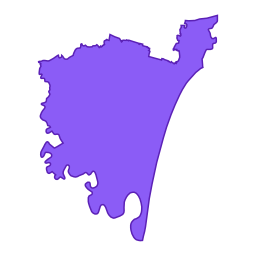 the district of Quang Xuong, Thanh Hóa, Vietnam
{"feature_id": "81297802B40676303665635", "entity_name": "Quang Xuong", "entity_type": "district", "adm_level": 2, "iso_a3": "VNM", "parent_name": "Vietnam", "parent_adm1": "Thanh Hóa", "projection": "robinson", "projection_center": [105.774, 19.675], "detail": "fine", "context": "isolated", "style": "filled", "palette": "violet", "viewbox_px": 256, "rotation_deg": 0, "n_neighbors": 0, "source": "geoboundaries", "source_scale": "gbopen_adm2", "svg_char_len": 5607}
<svg xmlns="http://www.w3.org/2000/svg" viewBox="0 0 256 256"><path d="M40.3,64.6L40.7,65.2L40.9,66.3L39.7,68.5L39.2,72.3L39.2,74.0L39.3,74.2L39.7,74.4L41.3,74.1L41.9,74.4L42.0,74.7L40.8,77.2L40.8,78.0L41.5,78.4L43.5,78.3L44.3,78.5L44.7,79.2L44.9,81.1L45.1,81.5L47.7,81.8L48.7,82.5L49.7,84.5L50.1,86.0L49.7,87.6L49.9,89.8L48.8,91.4L48.9,92.1L49.9,94.0L49.9,94.4L49.6,95.0L48.6,96.7L46.6,98.5L46.3,101.1L45.8,102.0L44.4,102.7L41.9,103.3L41.4,103.8L41.4,104.2L41.5,104.5L44.5,105.9L44.9,106.6L45.0,106.9L44.9,107.6L44.6,108.3L42.8,110.5L41.5,112.6L40.5,115.2L40.3,116.2L40.5,117.2L40.7,117.8L42.4,119.6L43.0,120.0L44.9,120.7L46.0,121.4L47.2,123.4L47.7,125.5L49.4,126.0L50.1,126.5L50.4,127.3L47.0,128.9L46.2,129.9L46.1,131.6L46.6,132.8L47.5,133.2L48.8,133.0L51.9,131.1L53.8,133.8L54.6,134.3L55.4,134.4L57.0,134.1L58.2,134.3L59.0,135.0L60.0,138.1L60.7,139.5L63.1,143.1L57.3,146.6L54.6,148.0L54.1,147.9L50.2,144.7L49.4,144.0L48.6,142.5L47.6,141.8L46.9,141.9L46.3,142.3L44.9,144.4L43.9,146.5L41.2,151.5L40.9,152.5L40.7,154.5L40.9,155.9L41.2,156.8L41.5,157.1L42.1,157.2L42.6,157.1L43.2,156.6L43.9,155.7L45.3,152.6L45.9,152.3L48.6,152.5L50.0,153.0L51.1,153.8L51.7,154.9L51.6,156.3L51.0,157.2L47.6,159.4L45.5,161.3L45.1,161.9L45.1,162.5L45.4,162.9L46.4,163.1L48.9,162.6L49.8,162.8L50.5,163.6L50.5,164.5L50.2,165.2L49.2,166.0L47.1,166.9L46.5,167.9L46.5,169.2L46.7,170.2L47.4,172.4L48.2,173.1L48.8,173.3L49.3,173.3L50.9,172.5L52.1,171.6L55.7,174.9L54.8,175.8L54.6,176.9L54.6,177.4L54.9,178.2L55.7,179.1L57.0,179.4L58.0,179.0L59.9,177.2L60.4,177.0L61.0,177.2L63.8,179.0L64.4,179.0L64.8,178.6L64.8,177.4L63.6,174.8L63.1,173.2L63.3,171.5L63.9,170.0L66.3,165.6L66.8,165.2L67.5,165.0L68.3,165.1L69.0,165.8L69.3,166.4L69.3,168.1L68.7,169.5L68.3,171.0L68.4,172.0L69.2,173.6L70.3,175.1L71.1,175.8L74.0,176.8L75.7,177.0L77.6,176.5L79.1,175.6L83.2,174.0L84.9,172.7L85.9,172.5L87.0,173.1L88.5,174.8L89.2,174.9L90.6,174.1L91.9,172.2L93.0,171.2L93.8,171.3L94.4,171.7L95.0,172.4L95.9,174.6L97.7,181.5L97.9,183.0L97.7,184.2L97.2,185.5L96.5,186.4L95.0,187.4L93.0,188.1L92.0,187.9L91.1,187.4L90.4,186.2L90.0,183.2L89.6,182.5L89.0,182.2L87.5,182.3L85.9,183.6L85.4,184.1L85.3,184.6L85.3,185.5L85.5,186.1L86.5,187.6L88.1,189.3L91.4,191.6L91.9,191.9L92.2,192.5L92.3,193.3L92.0,194.2L91.5,194.7L89.5,195.7L89.0,196.1L88.5,197.2L88.3,197.7L88.3,201.5L88.6,203.1L89.6,206.4L91.6,211.4L92.3,212.3L93.3,213.2L95.0,214.0L96.9,213.9L98.1,212.9L98.6,211.7L100.3,206.3L101.3,204.9L103.0,204.6L103.6,204.7L104.8,205.9L105.7,207.4L107.7,212.9L108.8,214.8L110.7,216.9L112.8,217.9L113.6,218.1L114.9,217.9L119.9,216.0L122.7,214.4L123.8,212.7L124.1,210.8L124.0,207.4L124.3,202.0L125.1,199.7L126.4,197.1L127.7,195.2L129.9,193.1L130.7,192.7L132.5,192.3L134.0,192.2L135.0,192.6L136.3,193.3L137.5,194.6L138.6,196.1L140.0,199.0L141.1,202.8L141.8,206.8L141.7,210.1L141.4,212.4L140.6,214.5L140.0,215.9L138.8,217.2L136.3,218.7L134.4,219.3L133.0,220.6L131.6,222.3L131.0,223.8L130.7,225.3L130.7,227.9L131.0,230.2L132.0,233.8L133.7,237.1L134.8,238.5L136.3,239.7L138.8,240.4L140.3,240.6L142.5,240.4L143.4,236.1L144.6,231.5L145.5,226.7L149.3,198.5L152.0,184.2L156.7,162.4L163.4,137.7L166.6,127.0L171.0,114.7L175.1,104.7L179.6,94.9L182.4,89.5L186.3,83.2L188.3,80.7L195.7,72.5L200.6,68.5L202.9,67.4L202.6,66.1L202.6,65.2L202.1,58.9L203.0,57.5L204.8,52.8L206.0,50.2L206.5,49.6L207.1,49.4L210.3,49.4L212.1,48.9L212.7,48.0L212.6,44.9L212.8,44.0L213.6,43.4L215.4,43.0L216.0,42.4L216.3,41.7L216.3,39.0L216.2,38.0L215.8,37.5L215.4,37.5L213.5,38.6L212.0,38.5L210.9,37.0L210.6,36.1L210.1,33.2L208.3,29.7L208.6,29.1L209.1,28.7L211.7,28.3L212.1,28.0L212.8,27.0L213.9,24.6L216.4,22.6L217.2,21.5L217.4,20.7L217.4,15.4L207.0,18.2L199.6,19.0L194.9,20.5L188.7,20.8L185.4,20.5L185.3,21.6L184.7,23.3L186.3,23.9L186.8,24.5L186.8,26.0L186.5,27.0L185.9,27.9L185.6,28.1L184.7,27.9L184.2,27.2L184.8,25.8L184.8,25.4L181.1,25.4L181.3,27.5L180.5,28.3L180.6,28.9L179.9,29.7L180.3,32.8L180.1,33.7L180.8,33.9L180.8,35.6L180.3,36.1L178.9,35.5L177.7,35.3L177.1,35.6L177.1,37.8L176.9,38.0L177.8,40.4L179.0,40.6L178.6,43.1L176.3,43.5L174.3,47.0L174.1,47.7L173.2,49.1L173.8,49.7L173.5,50.1L173.8,50.3L174.7,49.3L176.0,49.9L176.2,49.4L176.7,49.5L176.4,50.1L177.2,50.6L178.4,50.7L178.4,51.0L179.2,51.1L179.7,55.9L179.7,57.4L178.4,60.8L177.2,61.7L176.4,61.7L176.2,62.3L176.6,62.8L176.2,63.5L175.5,63.2L175.3,62.6L174.1,63.8L173.2,63.0L172.1,62.6L171.5,61.7L170.5,62.5L168.7,61.1L168.3,61.4L167.8,60.7L164.5,59.6L163.5,58.9L161.9,58.6L161.5,60.0L148.7,56.5L149.1,53.9L149.9,51.5L149.8,51.2L148.9,50.6L149.3,50.4L149.6,48.5L148.5,48.3L148.5,47.6L147.2,47.4L147.2,46.8L144.8,46.3L142.6,45.6L142.5,45.1L142.7,44.2L140.0,43.5L139.6,44.3L138.8,44.0L139.0,43.4L128.8,40.2L128.5,40.7L128.2,40.6L126.7,39.9L126.2,40.4L123.0,40.2L122.5,40.7L121.9,40.7L122.1,41.5L121.5,41.9L119.8,38.9L119.3,38.4L114.8,36.8L110.0,34.5L109.0,40.4L107.8,40.1L106.9,39.5L106.5,39.5L106.2,39.7L106.0,40.3L104.7,40.7L104.2,41.2L104.1,42.9L104.5,44.4L103.6,44.8L103.6,45.3L102.3,45.6L102.3,46.3L101.2,47.0L100.8,47.0L100.5,46.2L99.2,47.5L98.1,45.9L97.1,44.9L96.8,44.7L95.8,45.6L94.6,45.8L93.0,45.8L92.1,46.8L89.4,47.0L87.5,46.8L87.1,46.7L85.4,45.2L84.0,45.9L83.0,45.7L82.3,45.1L81.8,43.9L81.3,43.9L81.1,44.0L80.8,44.5L80.8,46.1L80.6,47.1L80.0,48.0L77.2,48.3L76.1,49.0L75.2,50.1L73.8,53.1L73.2,54.9L73.2,55.4L69.4,57.4L67.4,59.1L65.6,59.2L64.3,58.7L62.5,56.1L61.7,55.4L61.7,56.7L61.4,57.1L60.0,57.8L59.3,57.8L59.1,57.6L58.8,57.1L58.4,55.2L57.6,55.5L53.3,58.5L49.3,60.7L48.1,61.0L44.9,60.5L43.3,60.5L42.7,60.6L41.3,61.3L39.2,61.4L38.6,61.7L38.7,62.3L40.8,63.6L40.8,64.1L40.3,64.6Z" fill="#8b5cf6" stroke="#5b21b6" stroke-width="1.5"/></svg>